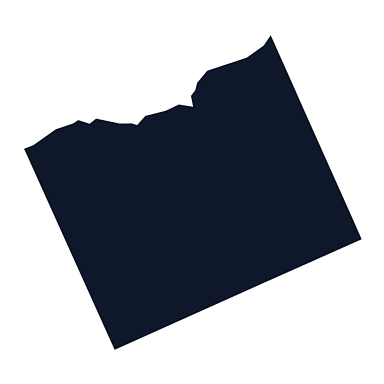 Iowa, Wisconsin, United States of America (Robinson projection), rotated 336°
{"feature_id": "52423323B56817190019531", "entity_name": "Iowa", "entity_type": "district", "adm_level": 2, "iso_a3": "USA", "parent_name": "United States of America", "parent_adm1": "Wisconsin", "projection": "robinson", "projection_center": [-90.132, 43.011], "detail": "fine", "context": "isolated", "style": "filled", "palette": "ink", "viewbox_px": 384, "rotation_deg": 336, "n_neighbors": 0, "source": "geoboundaries", "source_scale": "gbopen_adm2", "svg_char_len": 511}
<svg xmlns="http://www.w3.org/2000/svg" viewBox="0 0 384 384"><g transform="rotate(336 192 192)"><path d="M164.6,105.6L153.3,100.7L134.1,86.8L126.0,88.9L117.1,80.9L111.1,81.8L93.1,80.1L66.0,85.5L56.9,85.0L57.0,93.0L57.0,95.2L57.9,303.9L219.7,303.4L327.0,303.4L327.1,278.8L326.9,156.3L327.0,131.5L326.9,82.2L317.4,88.1L296.9,92.3L255.4,88.2L241.6,95.0L237.0,100.9L230.8,104.3L228.2,115.9L215.4,107.5L201.1,107.9L180.5,104.3L168.9,109.5L164.6,105.6Z" fill="#0f172a" stroke="#020617" stroke-width="1.5"/></g></svg>